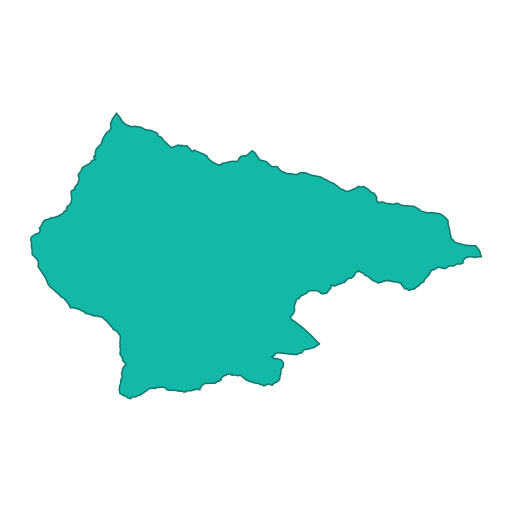 Romuli, Maramures, Romania
{"feature_id": "2599482B28132150762562", "entity_name": "Romuli", "entity_type": "district", "adm_level": 2, "iso_a3": "ROU", "parent_name": "Romania", "parent_adm1": "Maramures", "projection": "mercator", "projection_center": [24.471, 47.559], "detail": "fine", "context": "isolated", "style": "filled", "palette": "teal", "viewbox_px": 512, "rotation_deg": 0, "n_neighbors": 0, "source": "geoboundaries", "source_scale": "gbopen_adm2", "svg_char_len": 6044}
<svg xmlns="http://www.w3.org/2000/svg" viewBox="0 0 512 512"><path d="M475.9,245.9L467.4,245.4L464.2,244.9L455.3,242.5L454.3,241.6L453.1,240.0L451.7,238.9L451.1,237.6L449.8,231.8L449.6,229.8L448.0,223.8L448.1,221.4L447.8,220.1L444.2,216.6L441.7,214.7L439.2,213.6L430.2,212.5L429.0,212.9L426.4,212.7L420.9,211.0L418.9,209.2L413.7,206.3L402.9,205.5L400.9,205.0L397.5,203.2L392.7,204.3L389.5,203.6L385.9,203.4L383.5,202.2L382.1,201.9L378.4,202.6L377.0,200.9L376.4,198.7L376.8,197.6L376.6,197.1L374.6,193.8L373.1,192.8L371.3,192.3L368.7,189.7L364.3,186.8L362.5,186.6L360.2,187.0L358.4,186.3L356.6,187.7L351.0,190.3L348.4,191.2L345.8,191.2L342.8,189.5L341.3,189.3L333.5,183.3L329.6,181.9L326.1,179.6L324.2,179.0L320.3,176.8L313.1,175.6L309.2,174.4L306.4,173.1L303.4,172.7L300.1,172.9L298.5,173.5L297.7,174.4L296.5,174.5L293.0,174.3L291.1,173.7L287.7,173.7L284.2,172.6L283.7,172.0L281.6,171.3L280.6,170.6L278.5,168.4L277.9,167.2L276.5,166.6L272.2,166.6L271.1,166.0L266.3,161.6L260.0,160.0L259.2,159.2L254.6,152.4L252.1,150.8L246.2,155.9L243.8,155.8L240.9,156.4L238.8,158.7L238.1,160.9L237.6,161.4L232.3,161.3L227.9,162.1L225.7,162.9L222.2,163.3L221.5,164.1L221.4,165.1L216.8,164.3L212.6,162.1L209.6,159.9L208.1,158.3L206.9,156.0L204.4,154.5L196.7,151.3L194.6,150.2L193.5,150.3L192.8,151.6L192.0,151.5L191.1,150.6L190.5,149.3L188.9,148.0L187.0,145.8L182.7,146.0L182.0,145.3L181.4,145.3L181.0,146.0L180.4,146.1L179.4,145.2L178.1,145.1L172.3,147.3L171.0,147.4L163.7,140.6L161.4,137.3L158.2,136.0L157.5,133.9L156.7,132.8L150.7,130.4L145.0,129.6L143.3,128.4L140.3,127.1L133.9,126.2L132.1,126.9L125.8,124.6L122.1,121.3L120.6,118.3L116.4,113.3L112.5,119.0L110.9,122.8L110.4,124.7L111.0,126.9L110.6,129.0L108.7,131.3L106.8,132.5L104.6,135.7L103.0,138.6L101.4,143.0L101.6,143.5L98.3,146.7L96.2,149.2L95.6,151.0L95.1,155.9L94.9,156.3L93.8,156.3L94.0,157.7L95.5,159.2L95.4,159.7L92.5,160.2L91.6,161.0L90.7,162.4L88.3,164.6L87.3,164.5L85.7,165.8L82.6,167.3L82.2,168.0L81.0,171.0L78.4,174.3L78.3,175.9L79.4,179.3L78.3,181.4L77.9,183.6L75.0,186.8L75.0,188.9L73.9,189.4L73.6,190.1L72.3,190.3L71.2,191.2L71.2,194.1L71.8,198.2L71.2,202.2L69.2,205.2L66.9,206.7L66.7,210.1L64.4,211.2L63.3,212.9L61.5,214.5L60.2,214.7L57.7,216.6L56.2,216.5L54.6,217.5L53.5,217.7L51.1,217.6L49.4,218.9L44.2,220.4L42.3,223.3L41.5,225.5L39.3,228.3L39.5,228.9L40.4,229.7L40.1,230.9L39.1,232.9L38.1,233.4L35.7,233.9L31.3,237.1L30.7,239.4L31.6,243.1L31.4,245.5L31.5,247.5L32.2,249.9L32.2,251.3L32.0,253.4L32.5,254.8L36.5,258.7L37.9,260.6L38.5,262.6L38.1,266.6L45.3,277.4L47.4,282.2L47.8,283.8L50.4,287.2L53.2,289.2L56.5,292.5L57.9,293.3L61.1,296.7L64.3,298.7L68.5,304.1L70.5,307.9L72.2,307.6L73.8,307.9L78.6,309.1L84.5,312.1L85.5,313.5L87.6,313.6L94.3,316.0L96.7,315.9L99.6,316.8L101.9,316.9L104.8,319.7L106.4,320.8L112.4,327.8L113.4,329.5L116.5,331.0L119.8,335.0L120.4,336.9L120.1,338.5L120.4,340.0L119.9,341.7L120.1,344.6L120.0,347.3L120.5,348.5L120.0,354.1L122.3,357.8L122.9,360.9L125.8,363.9L125.8,365.1L124.3,365.9L123.3,367.8L122.6,368.7L122.3,370.2L122.4,371.7L121.5,372.9L122.3,377.6L120.6,380.2L120.8,382.5L119.7,386.1L119.2,390.0L119.7,391.5L119.9,393.3L123.8,395.7L126.0,396.3L127.6,397.8L130.7,398.7L131.3,398.1L131.8,397.0L135.1,396.9L137.0,396.4L137.7,395.5L140.1,395.2L149.8,388.4L153.2,388.1L154.4,388.5L155.8,388.3L157.4,387.2L158.4,387.1L159.1,387.6L161.6,387.2L164.4,387.5L165.4,388.0L166.6,389.6L168.9,390.3L175.9,390.4L178.6,391.2L182.2,391.2L183.3,391.9L185.3,392.0L187.4,390.8L191.0,390.8L192.4,390.4L192.6,389.9L194.1,390.1L196.0,389.0L199.8,389.8L200.0,388.7L201.5,385.9L203.4,384.3L205.2,383.5L215.7,383.1L216.2,382.1L218.2,381.2L219.0,381.5L219.8,380.5L221.3,379.7L221.3,378.8L221.7,377.8L222.7,376.7L224.2,375.7L226.0,375.4L226.6,374.4L227.4,374.2L229.5,374.0L232.0,375.2L235.2,374.9L237.9,375.8L239.8,375.2L240.9,375.6L243.6,377.9L245.0,378.7L246.0,380.0L246.7,380.0L249.5,381.4L252.9,382.2L253.7,382.8L259.0,383.6L260.2,384.6L262.2,384.7L263.9,385.9L266.8,384.5L269.4,383.9L272.0,385.4L274.3,383.0L276.3,382.4L278.1,381.2L279.7,379.1L280.1,375.8L280.7,374.1L281.0,371.8L280.8,369.4L283.1,367.0L283.2,364.6L283.7,363.9L282.5,361.4L280.7,359.7L276.7,358.6L274.5,358.7L273.5,358.3L273.5,357.3L273.0,356.8L272.0,356.6L274.9,354.9L275.1,353.9L276.2,353.0L279.9,352.9L291.7,354.3L297.3,354.6L298.1,353.7L301.8,352.7L303.3,350.5L304.6,349.6L308.7,349.0L311.5,348.1L313.8,347.7L314.7,347.3L315.4,346.4L318.7,344.7L319.4,343.7L318.3,342.9L310.9,335.1L303.4,328.3L295.7,322.2L291.3,319.3L290.5,316.7L291.9,315.4L293.4,313.5L294.6,310.7L294.3,305.8L295.7,302.6L296.2,300.0L297.0,299.1L298.8,298.7L300.7,296.1L305.8,293.6L307.6,292.3L308.4,291.1L309.2,290.8L316.0,290.6L318.6,291.3L321.8,293.9L326.2,293.3L327.5,292.4L328.3,290.7L330.3,288.9L330.8,287.9L330.9,285.6L331.4,284.8L331.9,284.9L332.7,285.8L335.6,285.9L337.2,284.9L337.6,284.3L339.0,284.4L339.7,283.8L341.4,283.5L343.8,282.3L344.8,282.2L345.2,281.8L345.2,280.8L346.2,280.4L348.0,278.6L351.4,278.1L353.8,276.1L356.2,272.1L357.2,271.5L358.2,271.8L358.9,270.9L361.4,272.5L362.8,272.8L365.0,275.2L368.4,276.7L372.2,280.1L374.9,281.4L376.6,281.8L378.1,283.2L379.1,282.5L381.4,282.3L383.0,281.2L383.9,281.6L384.4,281.5L385.0,280.8L387.4,280.4L388.2,280.9L389.2,280.5L390.0,281.2L391.6,281.1L393.4,281.9L394.8,281.6L395.8,282.1L398.0,282.2L398.8,282.9L400.4,282.8L401.3,283.4L401.5,283.9L401.4,284.6L402.4,285.3L402.4,285.8L403.5,286.9L404.7,288.8L407.3,289.0L408.3,290.2L410.3,290.1L411.1,289.5L412.5,289.0L413.9,289.4L415.8,287.8L416.0,287.3L416.7,287.1L417.0,286.4L418.1,286.1L419.6,284.9L420.1,283.7L422.2,282.8L424.1,281.4L424.1,280.3L424.5,279.9L425.0,278.8L427.5,276.4L427.5,275.9L428.1,275.3L428.9,275.0L429.5,274.0L429.6,272.9L430.5,272.1L430.8,271.3L431.4,270.6L432.8,269.7L434.2,269.6L438.1,267.2L444.7,268.6L446.0,268.3L447.8,266.8L450.3,265.7L452.3,266.0L454.3,265.8L456.0,264.4L457.4,263.9L460.2,264.1L463.1,262.9L463.0,260.9L463.2,260.3L466.0,257.4L466.5,257.3L468.0,257.3L470.1,256.5L475.4,257.5L477.8,256.7L481.3,256.8L479.5,250.7L475.9,245.9Z" fill="#14b8a6" stroke="#0f766e" stroke-width="1.5"/></svg>